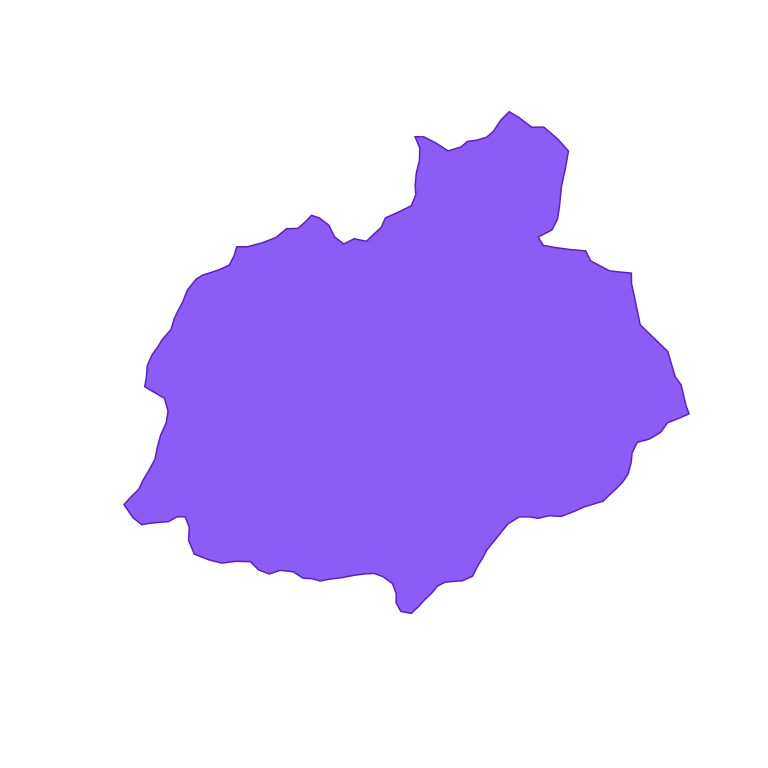 Itamogi, Minas Gerais, Brazil, rotated 163°
{"feature_id": "56859067B20753929477862", "entity_name": "Itamogi", "entity_type": "district", "adm_level": 2, "iso_a3": "BRA", "parent_name": "Brazil", "parent_adm1": "Minas Gerais", "projection": "mercator", "projection_center": [-47.045, -21.076], "detail": "fine", "context": "isolated", "style": "filled", "palette": "violet", "viewbox_px": 768, "rotation_deg": 163, "n_neighbors": 0, "source": "geoboundaries", "source_scale": "gbopen_adm2", "svg_char_len": 2067}
<svg xmlns="http://www.w3.org/2000/svg" viewBox="0 0 768 768"><g transform="rotate(163 384 384)"><path d="M667.9,344.7L663.2,329.7L656.8,320.3L648.7,319.3L640.0,317.5L630.3,315.4L620.9,317.5L613.0,315.2L612.1,303.9L616.6,291.7L615.1,276.7L603.1,267.2L591.4,260.1L577.7,257.8L563.8,253.2L558.2,242.8L549.3,235.9L537.6,236.1L525.8,231.0L518.2,222.0L509.6,218.8L502.5,214.2L493.1,213.3L480.4,211.0L468.6,209.8L457.2,207.9L448.8,205.7L441.5,200.3L434.3,190.7L433.5,180.1L436.4,171.1L434.4,161.6L425.0,156.6L415.8,161.2L408.1,165.8L399.3,170.2L391.7,175.2L383.5,176.6L374.8,174.8L366.4,172.9L355.6,174.3L347.2,183.0L340.0,189.3L334.1,195.3L324.0,202.0L315.4,207.9L306.5,213.9L293.5,217.4L283.3,214.2L276.0,210.5L264.7,209.8L253.3,205.6L238.9,206.6L228.4,207.9L218.7,207.9L208.8,207.9L200.0,212.4L191.5,216.5L183.9,220.9L176.8,226.6L170.4,237.0L166.9,245.5L159.0,254.1L146.3,253.8L133.6,256.9L124.2,264.0L112.8,264.9L101.0,266.3L101.5,275.3L100.1,296.3L103.4,305.9L103.1,332.0L121.7,365.7L118.8,396.5L118.0,407.3L115.0,417.7L124.7,421.7L135.3,426.3L150.4,441.4L152.2,452.3L167.4,458.5L180.4,464.5L191.1,470.0L193.6,479.5L178.4,482.2L170.0,490.8L164.9,501.1L156.5,521.0L147.1,537.8L139.5,552.9L146.3,567.5L156.0,582.9L167.7,586.4L177.1,599.5L184.7,607.8L195.4,602.0L205.5,593.7L213.6,590.0L224.4,590.1L233.3,591.6L240.9,588.2L254.6,588.2L264.3,599.7L273.6,608.7L282.0,611.4L280.8,599.2L284.6,587.8L291.4,576.4L296.0,565.2L298.4,555.5L305.7,546.5L320.0,544.2L334.1,542.4L340.8,534.7L348.9,530.8L359.1,525.6L370.0,531.6L381.5,529.7L388.3,539.2L390.3,552.0L397.0,561.5L403.9,566.5L412.0,562.0L420.9,558.0L431.8,561.0L444.5,555.7L458.8,554.6L474.5,555.2L484.7,558.3L489.8,550.6L497.1,543.0L508.5,541.5L517.7,541.2L525.4,541.2L533.0,539.2L544.4,531.5L552.8,521.0L559.1,514.7L565.0,508.5L571.8,498.4L583.3,491.2L589.7,485.4L597.1,479.9L604.9,470.9L609.5,459.4L613.6,451.4L607.4,444.5L598.1,434.5L598.5,421.0L603.6,410.6L612.5,400.5L619.6,389.2L624.8,379.3L633.7,370.5L642.1,362.9L649.2,355.1L657.8,350.6L667.9,344.7Z" fill="#8b5cf6" stroke="#5b21b6" stroke-width="1.5"/></g></svg>